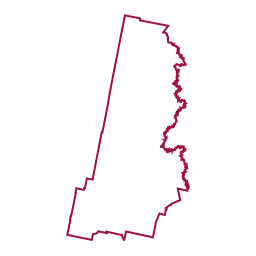 outline of Las Colonias, Santa Fe, Argentina
{"feature_id": "61730980B52273662212744", "entity_name": "Las Colonias", "entity_type": "district", "adm_level": 2, "iso_a3": "ARG", "parent_name": "Argentina", "parent_adm1": "Santa Fe", "projection": "mercator", "projection_center": [-60.871, -31.246], "detail": "fine", "context": "isolated", "style": "outline", "palette": "rose", "viewbox_px": 256, "rotation_deg": 0, "n_neighbors": 0, "source": "geoboundaries", "source_scale": "gbopen_adm2", "svg_char_len": 5921}
<svg xmlns="http://www.w3.org/2000/svg" viewBox="0 0 256 256"><path d="M152.9,237.4L156.0,221.8L159.5,213.5L164.8,214.9L165.8,209.9L166.3,210.0L166.9,207.8L166.3,207.7L169.9,205.0L170.8,205.1L171.0,204.3L171.9,203.6L180.2,200.1L177.8,188.6L187.1,190.7L187.0,190.4L187.6,189.6L187.3,188.6L188.1,188.8L188.7,187.1L188.3,186.8L187.8,187.5L187.3,187.0L187.8,186.4L188.6,186.1L188.5,185.1L187.8,185.0L188.1,184.4L187.9,184.0L186.6,185.2L186.5,184.3L186.1,184.4L185.9,185.0L185.5,184.9L185.8,182.6L186.3,183.3L186.3,182.2L187.0,182.5L187.2,182.1L187.0,180.8L186.2,180.8L185.8,180.3L185.1,180.5L184.6,179.1L184.2,179.7L184.1,179.0L183.5,178.3L183.3,178.5L183.9,179.5L183.1,179.1L182.8,178.4L183.4,177.3L183.4,176.2L181.8,176.0L183.6,175.6L184.0,175.1L184.1,174.6L183.2,174.5L182.6,173.3L183.7,173.5L183.3,172.7L183.7,172.1L183.9,172.9L184.4,172.1L185.0,172.5L185.7,172.0L184.7,171.8L184.9,171.0L184.7,170.0L186.1,169.1L185.8,168.5L186.9,167.9L186.4,168.0L185.1,167.4L185.4,166.3L186.2,166.3L186.9,166.9L186.7,165.7L185.7,166.0L185.3,165.0L185.9,164.7L186.3,163.8L184.6,164.0L184.8,163.2L184.3,162.8L184.4,161.6L184.2,160.5L183.6,160.5L183.7,159.3L183.0,159.1L182.9,159.6L182.1,159.3L181.6,159.9L181.3,159.8L182.1,158.1L181.7,157.9L181.6,157.0L180.3,156.0L182.3,155.3L182.3,154.9L181.4,154.7L180.8,153.9L180.6,153.2L180.9,152.0L182.7,152.2L184.3,151.1L183.0,150.7L184.8,149.5L183.7,149.0L183.6,148.4L184.1,148.8L184.5,148.6L183.5,148.2L183.8,146.7L183.1,146.2L182.6,146.3L181.8,146.5L181.3,147.3L180.9,146.2L180.9,147.4L180.6,147.8L180.0,147.2L179.8,146.2L178.9,146.7L179.5,147.0L179.2,147.6L178.2,146.0L177.7,146.0L177.5,146.5L178.0,147.4L176.7,147.3L175.7,147.9L176.7,149.0L175.5,148.4L174.8,148.8L174.4,149.6L175.3,149.4L175.2,149.8L174.3,150.1L173.1,149.7L172.4,151.2L172.3,149.9L171.6,149.1L171.1,149.3L171.6,149.9L171.2,150.3L171.1,149.6L170.4,150.1L169.3,149.6L169.0,150.4L169.6,150.8L169.4,151.7L167.0,152.1L166.8,151.3L167.8,149.5L167.3,149.8L166.7,149.2L165.8,149.2L165.2,149.8L164.9,148.9L164.2,148.5L164.1,147.3L162.8,147.0L162.3,146.5L161.1,146.9L161.0,146.3L162.4,146.0L162.7,145.4L163.2,145.3L162.5,144.7L162.7,143.8L164.3,143.4L164.1,142.2L165.2,141.1L165.2,140.5L164.4,139.9L165.5,140.0L165.5,138.8L166.6,138.5L166.6,137.9L166.2,138.4L165.7,138.2L165.5,137.4L165.7,136.8L164.8,136.4L164.7,135.4L164.0,134.5L164.3,133.6L165.0,134.2L165.3,133.3L164.5,133.1L164.3,132.6L165.1,132.4L165.8,133.0L166.2,132.3L166.2,131.7L165.5,131.8L165.5,131.5L166.2,131.0L167.6,131.1L167.5,130.4L167.9,129.8L167.4,129.7L166.8,129.0L167.5,128.7L168.6,129.3L169.3,128.7L169.1,128.2L168.0,128.0L168.0,127.1L169.3,126.9L170.0,127.7L170.2,126.7L171.8,127.6L172.5,127.2L171.8,127.1L171.9,126.8L173.4,127.0L173.6,126.3L172.9,125.5L174.0,125.5L174.0,123.8L174.4,123.7L174.8,124.3L175.2,124.1L176.1,121.4L176.7,121.2L175.9,118.6L175.2,118.0L175.9,117.4L174.8,116.4L175.6,115.1L177.5,115.5L177.7,115.1L177.3,114.1L176.4,114.5L176.6,113.4L177.5,113.8L177.7,113.6L176.6,112.9L177.6,112.3L177.1,111.5L177.9,111.3L178.1,112.2L179.0,111.3L179.1,110.6L178.3,110.2L178.3,109.6L179.7,109.6L180.2,110.3L180.9,109.5L180.3,107.5L182.0,107.8L182.7,107.3L183.5,107.8L184.3,107.0L184.9,107.4L185.2,106.7L184.4,106.1L184.4,105.5L185.1,105.3L184.8,104.9L184.2,104.9L183.6,105.6L183.4,105.1L184.1,104.0L184.3,104.5L184.7,103.7L185.8,103.3L185.2,102.9L184.4,103.2L184.4,102.6L185.1,102.5L184.9,100.8L184.5,100.5L184.5,100.9L183.8,101.0L181.9,99.9L181.5,100.2L181.2,101.9L180.5,102.0L179.2,99.6L178.0,101.0L177.9,99.3L178.1,99.0L178.7,99.2L179.1,98.5L178.2,98.8L177.9,96.7L177.3,97.2L177.3,96.5L176.8,96.3L176.4,96.7L176.3,95.9L175.6,95.8L175.3,95.3L175.5,94.9L175.8,95.5L176.1,95.0L175.1,93.8L175.8,93.8L176.4,94.5L176.6,94.2L176.2,93.7L177.0,92.6L176.0,92.2L175.9,91.5L176.8,91.3L177.1,90.7L177.7,90.6L178.0,89.8L178.4,91.4L178.5,90.6L178.9,91.0L179.1,90.1L179.7,90.5L179.7,89.7L180.4,89.4L180.5,88.7L181.4,89.1L181.5,88.9L179.4,87.3L179.6,86.9L180.4,87.3L179.7,86.3L178.8,86.9L178.7,86.3L178.0,86.4L177.7,85.8L177.8,86.4L177.0,86.6L177.2,86.1L176.5,85.8L176.8,85.3L175.8,85.3L175.8,86.0L175.4,85.1L174.5,84.8L174.2,84.0L173.1,83.7L174.3,82.5L175.5,83.3L175.3,83.8L175.6,83.9L176.2,82.8L175.4,82.4L175.7,81.4L176.0,81.3L177.1,82.4L177.3,81.2L176.3,80.7L177.3,80.4L177.5,81.0L178.3,80.6L177.7,79.8L177.0,79.8L177.6,79.1L177.2,77.7L176.9,77.8L176.9,78.3L176.6,78.3L176.7,77.0L178.2,76.1L177.8,75.8L177.1,76.1L176.8,75.7L177.5,75.1L177.0,75.0L177.5,73.7L176.7,72.7L176.8,72.3L177.5,72.7L178.2,72.3L177.6,71.5L178.6,71.6L178.9,69.9L178.6,69.6L178.0,70.0L176.7,69.5L176.1,69.7L175.5,67.5L174.6,67.2L174.2,66.6L174.9,66.3L174.7,65.8L175.8,65.2L176.0,64.6L176.6,64.6L177.1,64.1L180.0,65.6L180.1,66.0L180.6,65.9L180.2,64.9L180.4,64.5L181.3,65.3L181.7,64.2L182.3,64.2L182.8,65.0L183.8,64.8L184.0,65.2L185.2,65.0L185.8,64.3L184.7,63.8L184.8,62.7L183.3,60.9L183.6,60.3L183.5,58.8L182.9,58.2L182.0,58.7L181.4,58.3L181.6,57.8L182.6,57.7L181.8,57.3L181.8,56.4L180.5,56.7L180.8,56.0L181.5,55.5L181.5,55.0L180.6,54.8L179.5,55.3L179.4,54.8L179.8,54.3L178.8,53.6L178.6,52.5L178.2,53.0L177.0,53.1L177.0,52.8L177.8,52.2L178.6,52.0L178.2,51.2L177.6,51.3L177.6,50.0L177.8,49.7L178.3,49.9L178.0,49.2L178.6,49.3L178.5,49.0L179.0,48.8L179.1,48.3L177.7,48.3L177.7,47.1L176.2,46.8L176.0,45.8L174.0,45.7L174.1,44.8L173.6,45.3L172.5,44.9L172.2,44.6L172.8,44.5L173.2,43.9L171.1,42.4L169.1,42.7L168.3,42.4L167.8,39.7L168.1,39.0L167.7,38.5L168.2,37.4L167.4,35.7L166.9,35.4L166.8,34.8L167.0,34.6L166.2,33.7L166.4,33.4L164.8,32.4L163.3,32.4L168.2,25.8L139.9,20.4L140.3,18.4L124.9,15.4L111.6,83.3L108.3,101.2L108.5,101.3L102.4,132.5L101.7,132.3L92.6,179.6L86.9,178.5L85.0,188.0L84.2,187.8L83.8,189.8L76.3,188.3L75.5,192.6L75.9,192.7L71.2,215.9L70.8,215.8L70.0,220.2L70.3,220.3L67.3,234.9L91.7,239.9L92.9,234.3L96.9,233.3L98.2,231.3L106.7,233.1L106.4,231.6L122.2,235.2L122.1,235.9L122.6,237.5L123.9,239.4L124.1,240.6L126.1,231.5L152.9,237.4Z" fill="none" stroke="#9f1239" stroke-width="2"/></svg>